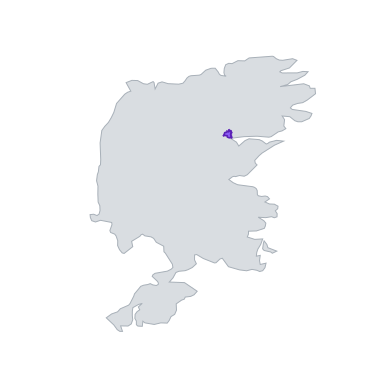 location of Limerick City West Lea-7, Limerick, Ireland, rotated 192°
{"feature_id": "5873133B63179188649411", "entity_name": "Limerick City West Lea-7", "entity_type": "district", "adm_level": 2, "iso_a3": "IRL", "parent_name": "Ireland", "parent_adm1": "Limerick", "projection": "mercator", "projection_center": [-8.718, 52.624], "detail": "fine", "context": "in_parent", "style": "filled", "palette": "violet", "viewbox_px": 384, "rotation_deg": 192, "n_neighbors": 0, "source": "geoboundaries", "source_scale": "gbopen_adm2", "svg_char_len": 5422}
<svg xmlns="http://www.w3.org/2000/svg" viewBox="0 0 384 384"><g transform="rotate(192 192 192)"><path d="M237.8,62.9L230.5,68.1L229.4,70.1L227.3,78.0L227.1,80.3L222.5,89.1L219.9,90.8L216.0,92.3L213.8,93.7L211.0,93.0L207.5,93.1L205.8,94.6L205.9,95.8L206.9,97.2L213.4,101.2L213.0,102.9L211.2,104.8L199.6,109.5L196.2,112.3L195.0,114.2L196.2,117.3L205.4,126.7L207.0,127.7L208.4,133.1L216.5,135.4L219.9,138.7L222.8,139.6L229.0,139.3L231.5,140.5L232.9,139.6L233.8,137.8L240.8,131.2L238.6,126.2L245.6,117.8L247.6,117.9L250.9,120.5L253.6,124.1L254.5,128.9L257.1,133.2L258.8,134.7L263.2,135.5L264.3,137.2L263.5,143.4L264.2,145.5L275.6,145.3L280.2,142.6L284.1,143.1L286.1,145.9L287.0,148.7L283.6,149.8L280.0,149.2L278.3,151.1L278.1,154.7L279.3,159.4L281.7,162.6L283.6,170.1L285.2,178.2L287.7,183.2L288.2,189.3L287.8,192.3L288.3,197.7L287.2,199.6L288.0,204.7L292.1,220.9L293.0,233.5L290.9,238.2L288.2,242.7L286.4,248.0L285.0,253.7L284.2,262.9L278.2,273.6L275.7,276.2L272.8,277.9L279.2,285.3L274.0,288.7L268.3,289.7L262.0,287.8L258.0,288.1L253.0,291.9L251.9,291.2L249.5,285.1L247.8,291.4L244.2,293.5L237.9,293.0L227.5,294.7L223.5,296.5L221.9,299.3L220.6,302.5L219.0,304.5L217.2,305.5L209.2,307.8L207.6,308.8L203.9,314.0L199.0,317.0L195.0,317.9L191.4,314.9L189.9,313.1L188.2,312.1L182.7,312.3L184.5,313.2L185.6,315.4L186.1,319.5L185.5,323.5L182.8,325.5L179.5,325.9L174.4,330.0L167.7,331.2L164.0,335.0L141.7,341.5L140.4,341.5L137.3,339.9L134.0,339.2L130.6,339.7L121.3,343.3L116.7,342.6L122.5,333.6L130.3,329.1L131.1,327.8L128.5,327.2L113.8,330.4L108.6,333.0L103.5,333.8L105.9,329.7L112.5,324.1L118.2,320.4L120.7,317.1L127.7,313.4L105.2,321.1L99.3,320.2L97.9,318.0L93.3,319.0L91.6,313.8L98.4,305.9L102.3,302.4L107.1,300.6L111.6,297.9L113.3,294.7L111.1,293.6L97.5,294.5L91.0,293.8L91.4,291.2L92.6,288.3L99.3,283.5L103.0,282.7L106.2,283.1L112.0,286.0L119.6,285.1L116.5,282.0L115.9,275.6L113.4,273.5L116.6,270.5L120.2,268.7L126.1,262.6L128.2,261.6L140.0,260.1L152.8,256.9L165.4,252.5L158.9,250.0L155.8,246.7L150.8,253.3L147.3,255.9L137.1,257.2L133.9,256.5L129.4,254.4L128.0,255.2L126.7,256.8L120.0,260.1L113.0,260.8L121.1,254.9L131.5,244.7L133.9,241.5L137.2,235.9L136.1,233.4L134.0,232.0L141.5,220.4L144.2,218.3L149.0,218.0L152.6,216.1L154.1,216.1L155.5,215.4L158.6,211.9L153.8,209.7L148.9,208.6L133.6,209.8L131.6,209.5L129.7,208.5L128.5,206.9L127.5,203.0L126.4,202.1L123.0,202.1L119.6,203.3L117.2,203.2L114.8,201.4L118.6,197.4L113.8,196.4L108.9,197.2L104.9,196.0L104.7,193.5L106.6,190.9L104.2,188.5L103.7,185.4L106.2,183.9L109.0,184.4L114.7,182.2L122.0,181.1L115.8,178.9L113.3,176.9L113.2,174.0L113.7,171.5L120.9,167.3L128.6,165.4L128.0,162.6L128.6,159.5L120.8,158.7L113.1,160.8L113.9,155.0L115.7,149.8L116.1,146.3L115.7,142.6L112.1,144.2L111.7,138.9L110.2,135.3L104.8,137.8L104.9,133.1L106.5,129.7L109.3,128.3L112.1,128.9L117.2,128.8L122.2,126.3L129.4,125.7L140.8,126.5L148.6,133.5L150.7,132.3L153.8,127.8L155.3,127.3L167.1,129.3L174.4,131.8L176.4,131.0L175.4,126.1L172.8,122.7L176.0,118.2L179.9,115.1L182.4,113.6L188.4,111.7L191.0,109.9L192.7,104.1L195.5,99.2L180.5,101.8L166.3,96.0L168.6,91.9L171.6,89.6L176.8,87.8L177.2,85.7L179.9,83.9L184.2,79.3L182.6,73.2L183.5,68.7L186.6,65.8L187.6,61.6L189.0,58.6L195.3,57.5L201.4,54.6L210.8,54.2L213.2,55.4L212.7,50.3L217.1,49.6L218.8,50.6L219.6,54.2L221.6,56.5L222.2,60.5L220.8,63.6L218.6,65.9L220.6,68.4L217.5,72.7L220.9,70.9L225.8,66.6L225.6,63.1L224.7,58.7L223.4,54.7L224.0,50.3L226.7,47.6L234.0,46.2L231.0,41.2L233.7,40.7L236.5,41.8L240.8,45.7L249.7,51.1L245.3,56.0L239.9,59.3L237.8,62.9ZM111.5,156.9L111.3,159.2L107.9,156.3L106.2,153.3L96.8,151.8L100.7,148.8L102.6,149.7L109.3,149.8L111.1,151.1L111.5,156.9Z" fill="#d9dde1" stroke="#a8b0b8" stroke-width="1"/><path d="M168.9,253.1L168.7,253.0L168.4,252.9L167.9,252.9L167.4,252.8L167.2,252.7L166.5,252.8L165.9,253.2L165.7,253.2L165.5,253.3L165.4,253.3L165.2,253.3L164.9,253.3L164.8,253.2L164.5,253.1L164.3,253.9L164.4,254.0L164.5,254.1L165.2,254.2L165.3,254.2L165.3,254.3L165.3,254.5L165.0,254.9L165.0,255.0L165.3,255.3L165.5,255.2L165.8,255.1L165.8,255.5L165.7,255.8L165.8,255.9L166.1,256.0L166.3,256.2L166.3,256.3L166.2,256.5L165.9,256.7L165.8,256.8L166.0,256.9L166.3,257.2L166.3,257.4L166.3,257.6L166.3,257.8L166.2,257.8L166.1,257.7L165.8,258.0L165.5,258.1L165.4,258.2L165.4,258.3L165.4,258.5L165.7,258.6L165.9,258.8L165.9,259.0L166.0,259.1L166.3,259.5L166.4,259.8L166.6,259.7L166.8,259.5L167.0,259.6L167.1,259.4L167.3,259.3L167.5,259.2L167.6,259.3L167.4,259.5L167.2,259.7L167.2,259.8L167.2,260.1L167.3,260.1L167.8,260.1L168.1,260.1L168.3,260.1L168.6,260.1L168.6,260.3L168.7,260.6L168.9,260.5L168.9,260.4L169.0,260.2L169.0,259.9L168.9,259.9L168.8,259.6L168.8,259.3L168.8,259.1L168.8,258.9L169.2,259.1L169.3,258.8L169.4,258.7L169.6,258.6L169.7,258.8L169.9,258.8L170.0,258.8L170.4,258.8L170.3,258.6L170.3,258.4L170.2,258.3L170.3,258.3L170.3,258.1L170.4,257.9L170.6,257.6L170.9,257.4L171.1,257.5L171.2,257.4L171.3,257.4L171.5,257.4L171.6,257.2L171.8,257.2L172.0,257.0L172.2,256.8L172.3,256.8L172.3,256.7L172.4,256.4L172.5,256.3L172.5,256.1L172.3,255.6L172.3,255.4L172.5,255.2L172.4,255.1L172.5,255.1L172.7,254.8L172.6,254.7L172.7,254.3L172.7,254.1L172.8,253.8L173.0,253.6L172.7,253.4L172.6,253.5L172.4,253.7L172.3,253.8L172.0,253.9L171.8,254.0L170.9,254.2L170.5,254.1L170.3,254.1L170.1,254.2L169.7,254.5L169.4,254.5L169.2,254.3L169.0,254.1L169.0,253.6L169.0,253.3L168.9,253.1Z" fill="#8b5cf6" stroke="#5b21b6" stroke-width="1.5"/></g></svg>